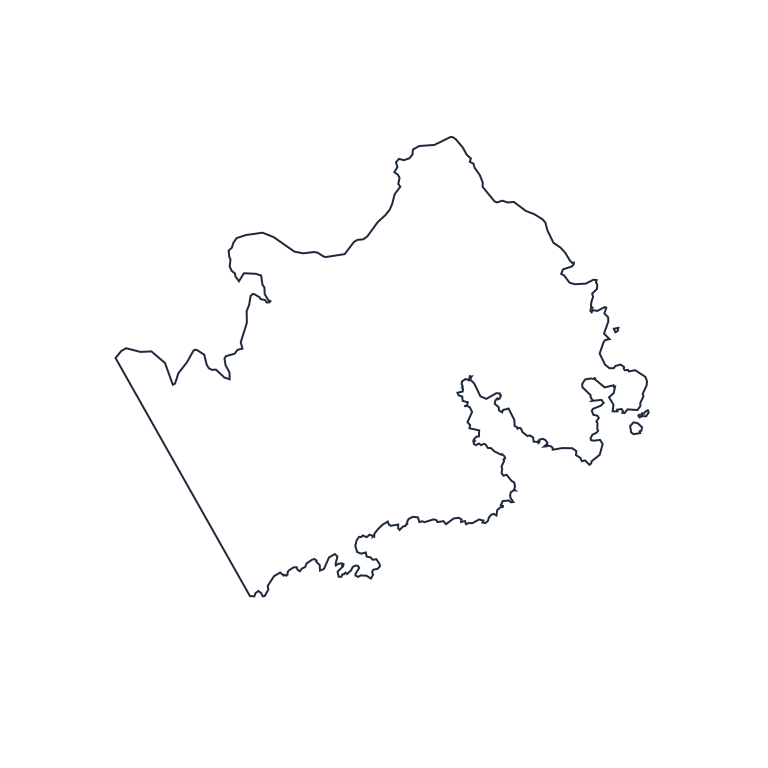 the district of Rorya, Mara, United Republic of Tanzania, rotated 208°
{"feature_id": "72390352B17164070988815", "entity_name": "Rorya", "entity_type": "district", "adm_level": 2, "iso_a3": "TZA", "parent_name": "United Republic of Tanzania", "parent_adm1": "Mara", "projection": "robinson", "projection_center": [33.963, -1.299], "detail": "fine", "context": "isolated", "style": "outline", "palette": "slate", "viewbox_px": 768, "rotation_deg": 208, "n_neighbors": 0, "source": "geoboundaries", "source_scale": "gbopen_adm2", "svg_char_len": 6157}
<svg xmlns="http://www.w3.org/2000/svg" viewBox="0 0 768 768"><g transform="rotate(208 384 384)"><path d="M462.2,565.7L463.7,556.5L461.3,546.8L460.8,540.5L462.1,533.7L465.6,523.8L468.0,506.6L470.1,502.1L475.0,498.9L477.2,495.4L479.7,480.2L494.7,469.0L496.9,468.2L504.3,468.8L507.7,467.7L516.6,461.5L525.2,458.8L550.4,461.9L562.4,460.5L575.6,450.9L582.6,443.7L583.3,437.9L582.3,433.0L583.8,428.9L580.4,423.7L578.0,421.9L575.5,415.4L571.7,412.4L567.4,411.6L565.7,409.2L560.3,406.6L559.7,416.0L549.0,421.1L543.4,422.1L537.9,414.6L534.9,413.1L531.5,407.3L525.4,403.7L523.2,403.8L523.7,402.1L526.0,400.9L528.5,402.3L532.7,401.0L534.8,402.2L540.6,402.4L542.2,401.9L543.1,399.0L540.2,390.5L539.5,383.9L533.8,373.6L530.1,353.6L525.6,348.8L529.4,345.4L530.1,340.6L536.6,334.4L536.8,331.6L532.7,326.2L525.8,321.6L522.5,315.7L527.9,314.8L539.2,317.8L542.5,315.7L546.2,315.7L549.7,317.9L556.5,325.5L565.0,326.2L567.3,325.3L567.9,323.7L568.2,310.5L570.6,296.9L568.7,286.2L570.1,284.2L587.2,299.7L604.6,303.6L614.1,298.0L628.5,294.5L631.5,289.7L633.2,280.9L402.8,133.8L398.8,135.6L399.3,138.9L397.8,142.2L394.8,141.9L391.3,139.6L389.8,140.8L389.6,148.2L391.9,151.1L390.9,162.7L387.1,168.8L382.6,167.8L382.3,168.8L380.3,168.9L379.7,170.6L380.7,172.3L380.6,174.5L377.7,179.7L375.0,181.2L373.3,179.5L370.4,179.1L369.8,182.6L367.7,185.3L368.1,189.3L365.1,194.9L363.4,196.8L360.7,196.5L360.6,195.4L355.7,193.9L352.9,189.2L350.2,192.4L351.1,205.1L347.6,210.7L344.2,209.9L342.3,202.4L341.3,201.2L339.6,204.2L336.8,205.8L335.2,203.1L334.7,204.1L336.1,205.8L335.1,205.9L334.5,203.7L336.9,196.6L333.5,192.5L331.1,193.9L331.3,196.5L330.1,197.1L329.4,199.4L327.5,198.8L325.6,203.9L325.7,207.9L323.7,210.5L321.5,211.1L319.6,210.0L320.0,203.0L319.2,201.5L316.3,201.5L314.8,204.0L309.5,206.5L304.2,206.1L304.1,210.5L306.1,212.1L306.3,214.9L302.9,217.8L302.0,221.2L303.1,222.7L308.4,225.7L311.5,223.5L314.3,224.6L318.4,223.5L321.0,226.7L324.5,223.5L328.8,223.0L333.3,227.5L334.8,233.3L334.2,237.4L332.2,238.2L331.6,240.3L327.4,240.6L326.0,244.2L322.6,244.6L322.3,243.9L322.0,245.0L321.1,244.8L322.2,247.3L321.3,252.6L319.1,259.3L316.1,264.3L313.6,262.1L311.4,262.0L305.5,266.6L303.7,263.1L301.7,262.4L300.4,267.0L298.5,268.6L298.5,270.6L297.7,271.2L298.9,273.4L298.9,276.4L296.3,280.2L291.5,282.2L287.9,278.7L285.9,280.7L283.4,281.0L276.5,287.9L273.6,288.4L272.0,287.2L267.1,290.8L263.5,289.3L259.4,297.9L255.3,300.9L252.0,300.9L251.2,298.4L248.1,301.0L245.8,298.7L243.6,301.3L240.8,302.4L236.5,309.0L232.1,310.1L232.0,307.9L229.2,308.8L228.0,312.0L228.7,315.5L228.0,318.8L226.2,320.8L223.0,320.7L224.8,325.8L223.4,329.6L221.4,331.2L221.7,332.2L224.0,331.8L224.2,336.4L219.0,339.8L216.5,339.1L214.4,340.5L218.9,342.9L220.4,344.9L221.2,347.9L219.6,351.1L218.1,351.7L219.6,352.1L220.2,355.0L222.8,358.2L225.9,358.3L233.2,361.4L235.6,359.1L238.5,360.7L239.7,364.4L241.5,366.3L241.8,372.5L243.1,373.5L242.1,375.2L243.6,376.7L246.9,377.5L247.2,376.6L254.7,376.3L259.4,377.6L262.3,376.3L265.8,378.3L267.6,378.1L269.6,375.6L272.3,376.0L274.1,373.2L276.3,373.2L277.4,374.4L277.1,376.0L278.2,375.5L278.7,376.3L277.8,380.7L275.6,382.3L278.2,387.7L287.7,385.1L288.8,388.2L292.4,389.6L293.1,400.7L297.3,403.7L300.7,403.7L301.3,402.9L302.7,402.1L300.7,404.2L301.4,407.2L306.6,406.0L309.1,409.7L312.6,409.0L315.0,410.8L311.0,414.3L311.9,416.8L313.4,417.3L313.4,418.9L315.4,420.3L316.3,423.0L314.4,426.6L310.9,427.4L312.1,432.1L311.0,430.4L310.2,431.4L310.3,427.4L308.9,428.2L304.4,426.7L293.1,418.4L286.7,418.9L280.5,428.6L277.4,430.0L275.6,428.1L276.1,429.9L275.2,427.9L275.1,425.5L276.0,424.0L277.2,424.5L277.9,421.9L277.0,418.5L271.9,417.4L270.0,414.6L266.4,414.5L266.8,416.8L262.5,420.8L252.1,413.5L248.9,408.2L246.2,408.3L245.1,407.2L244.0,408.8L242.4,409.1L239.0,406.5L232.8,405.4L231.1,407.1L227.2,406.8L224.9,403.4L221.5,404.7L221.0,406.1L219.9,404.5L219.4,405.6L220.6,407.9L218.2,410.1L215.6,410.4L212.2,408.9L211.9,407.5L213.3,403.9L210.8,405.6L210.8,406.6L207.6,407.3L205.5,407.1L204.2,405.2L196.4,411.2L187.8,415.6L182.6,415.0L181.1,411.3L176.0,411.0L173.1,408.7L170.6,410.9L164.6,409.1L163.8,411.1L164.4,413.3L160.3,422.8L162.7,433.6L166.9,436.1L171.9,432.6L174.7,431.6L176.1,432.9L176.2,437.1L173.4,440.8L173.1,443.4L174.6,444.5L177.2,449.8L178.9,450.7L178.4,454.9L180.8,456.2L184.6,455.1L188.0,457.9L187.8,460.2L182.4,466.6L181.2,470.5L184.5,472.1L192.5,466.7L192.1,467.6L195.3,469.2L196.3,471.1L207.3,474.3L209.0,477.0L208.7,481.3L208.3,482.7L203.9,486.0L200.9,487.1L200.5,489.0L200.2,487.2L187.5,484.6L180.8,490.6L179.8,489.4L178.8,490.3L176.9,483.8L179.1,477.9L171.7,473.5L169.3,467.2L165.0,469.4L166.1,470.7L162.6,473.4L160.3,472.3L160.1,470.5L158.0,471.2L157.1,475.9L148.0,480.0L147.3,484.9L148.8,487.5L149.1,494.9L150.9,496.6L151.5,506.1L153.0,509.8L156.5,513.0L168.7,514.1L173.8,510.0L175.2,511.0L177.8,509.2L179.5,510.0L180.0,511.7L184.2,512.2L188.1,508.6L188.6,505.8L192.3,503.8L198.0,504.9L207.9,512.1L209.8,524.4L209.3,526.7L205.9,529.5L213.4,531.8L215.3,544.6L217.4,548.1L222.6,549.8L223.6,555.8L225.3,555.5L229.9,548.7L234.2,547.4L234.3,544.8L236.1,545.4L236.7,547.3L235.8,549.3L237.4,549.2L239.4,553.6L240.3,559.1L242.6,561.5L240.6,568.0L242.4,571.9L244.6,573.2L245.0,575.6L248.1,574.3L253.0,567.3L262.5,561.6L267.9,560.6L275.9,564.4L279.2,564.4L279.8,569.2L273.3,576.0L272.7,578.6L273.3,580.3L274.7,579.3L277.7,580.2L285.5,584.9L292.1,587.3L300.6,588.2L311.9,596.4L317.1,602.1L321.0,603.8L330.9,604.5L340.0,603.4L354.8,605.7L359.9,602.4L365.6,601.4L369.3,597.5L372.1,597.1L389.5,604.4L391.3,608.1L397.4,613.4L405.6,617.5L408.5,620.6L412.5,620.4L413.2,623.9L418.7,625.3L425.5,629.8L435.8,633.9L439.4,634.2L441.3,633.2L451.8,618.7L464.7,610.6L468.5,604.7L466.6,600.0L467.5,595.3L471.5,591.0L476.5,589.8L477.5,585.3L474.0,581.9L474.3,575.9L469.9,575.3L467.0,573.2L465.3,567.4L462.2,565.7ZM142.9,457.2L140.0,456.9L134.8,460.9L136.1,462.1L134.8,463.7L135.9,467.0L141.8,468.5L145.7,467.2L146.9,462.3L142.9,457.2ZM144.5,475.3L142.5,474.5L141.0,476.9L137.4,478.5L136.9,483.1L138.7,484.7L140.3,482.2L140.5,479.8L142.2,479.5L141.7,478.1L144.4,476.6L144.5,475.3ZM207.0,540.7L204.0,538.3L202.6,540.4L203.4,543.6L207.0,540.7Z" fill="none" stroke="#1e293b" stroke-width="2"/></g></svg>